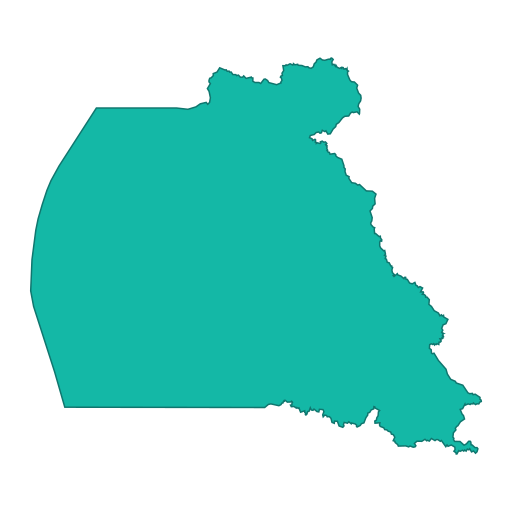 Rutsiro, Western, Rwanda (Robinson projection)
{"feature_id": "39286606B49553879902836", "entity_name": "Rutsiro", "entity_type": "district", "adm_level": 2, "iso_a3": "RWA", "parent_name": "Rwanda", "parent_adm1": "Western", "projection": "robinson", "projection_center": [29.444, -1.9], "detail": "fine", "context": "isolated", "style": "filled", "palette": "teal", "viewbox_px": 512, "rotation_deg": 0, "n_neighbors": 0, "source": "geoboundaries", "source_scale": "gbopen_adm2", "svg_char_len": 6017}
<svg xmlns="http://www.w3.org/2000/svg" viewBox="0 0 512 512"><path d="M475.0,447.6L472.2,445.0L471.1,444.8L470.8,442.0L470.1,441.2L468.6,441.3L466.5,443.8L464.1,445.2L460.0,441.5L454.6,441.4L453.5,439.6L453.9,438.3L452.9,437.2L453.4,432.8L455.9,429.9L455.3,428.3L456.7,426.4L457.8,425.8L460.4,421.8L464.5,419.0L463.5,415.6L462.0,413.9L460.2,409.4L462.6,408.7L465.0,404.0L465.4,405.1L468.1,403.9L470.2,404.5L470.9,403.8L473.0,403.9L473.4,403.0L475.6,404.6L476.8,403.8L478.8,403.9L479.8,402.1L481.3,401.5L481.1,400.1L479.9,399.1L480.0,397.4L475.2,394.2L473.1,394.7L472.4,393.4L469.7,393.7L467.9,392.8L462.8,385.2L456.3,383.0L455.3,381.3L450.7,379.3L447.4,374.1L446.0,369.2L438.4,360.5L434.0,353.2L432.3,353.7L431.5,353.1L431.2,349.7L429.4,348.3L429.7,344.6L431.2,343.8L432.8,344.5L433.6,343.7L434.6,345.0L435.1,344.1L436.3,344.5L436.9,343.7L438.8,344.5L439.0,342.2L440.5,342.0L441.2,341.0L440.0,338.8L441.6,339.0L443.1,337.9L442.2,337.3L443.4,336.4L442.5,335.5L443.1,335.0L442.5,333.5L443.5,333.4L441.7,332.3L442.8,330.2L441.7,328.4L443.1,324.8L445.9,323.7L447.9,319.4L443.8,317.0L443.5,315.3L442.2,316.0L441.4,314.8L439.9,315.8L438.4,313.0L434.2,310.7L431.5,306.5L428.9,304.4L429.3,299.7L427.0,297.1L425.6,297.1L425.5,295.6L424.3,294.6L422.4,294.3L423.5,292.8L423.2,291.9L420.6,291.9L422.6,288.0L420.0,286.6L418.3,287.5L417.2,285.8L416.0,285.4L414.9,282.4L412.3,283.8L409.6,283.1L407.3,279.4L406.1,279.4L405.6,277.3L404.5,277.4L403.9,278.7L401.0,276.1L397.8,274.9L397.3,273.7L394.0,276.5L393.1,275.5L394.3,274.6L392.4,272.6L391.9,270.0L392.6,267.4L391.7,266.9L391.7,266.0L390.8,265.9L389.2,262.8L387.2,262.2L386.4,259.2L385.2,258.6L386.0,256.1L384.5,255.3L385.5,254.2L384.7,250.5L383.8,250.9L380.7,248.0L379.7,246.0L379.7,242.1L380.4,240.8L381.6,241.2L381.8,239.8L380.5,238.1L380.3,236.2L379.0,236.5L375.6,233.5L374.6,233.5L374.2,229.0L374.7,227.7L373.3,227.2L371.0,224.6L370.7,222.9L371.8,220.9L372.2,217.6L370.0,211.0L372.4,208.5L372.7,206.2L375.1,203.9L374.6,198.3L376.0,194.1L372.4,191.2L366.3,190.9L359.5,184.5L357.8,185.1L355.4,183.3L351.7,182.7L348.8,178.3L349.1,176.7L346.2,175.2L345.0,171.5L345.2,168.9L343.9,167.4L344.0,165.8L341.8,159.2L337.5,157.4L335.7,155.7L335.8,154.7L334.7,153.5L330.0,154.2L329.4,152.4L328.3,152.3L327.0,150.5L327.6,150.2L326.7,148.2L327.1,147.0L325.9,145.0L326.5,145.1L325.9,144.3L326.8,143.4L325.4,141.9L323.8,142.2L322.2,141.1L320.4,141.8L320.8,142.9L320.1,143.5L317.2,142.8L316.3,143.4L316.3,142.4L315.3,142.2L315.6,139.9L315.0,139.3L312.6,140.4L312.0,138.7L309.5,137.7L310.3,135.5L314.2,134.5L316.2,132.5L318.7,132.0L320.0,133.2L321.4,132.8L322.3,130.3L324.9,131.6L325.9,130.8L327.8,134.1L330.3,133.8L333.1,129.1L335.7,126.6L336.3,124.3L338.8,122.6L342.5,117.9L344.8,116.3L348.7,116.0L350.5,113.1L352.2,112.0L353.3,112.6L357.0,111.8L359.3,114.1L359.5,113.5L359.7,109.2L358.1,106.5L358.7,103.8L360.6,100.9L361.1,98.1L360.7,95.3L358.6,93.1L356.7,88.1L357.6,85.2L354.4,82.0L351.4,81.7L349.8,79.9L347.5,74.4L347.6,71.7L348.4,71.1L347.2,70.3L347.0,68.6L346.5,69.5L345.7,68.6L344.0,69.1L343.2,67.6L341.9,67.3L341.7,68.4L340.8,67.7L339.6,68.4L337.2,67.3L335.9,65.2L335.5,66.3L333.9,64.3L332.3,64.8L331.8,61.8L333.2,59.5L332.2,58.4L331.2,58.0L330.4,58.6L330.5,59.4L328.4,59.2L324.9,60.3L322.4,60.0L320.0,58.2L316.9,59.9L316.0,62.2L314.3,63.7L313.3,66.8L311.2,68.3L308.9,67.8L307.9,66.7L305.3,66.9L301.9,65.5L298.2,65.3L297.7,64.3L294.9,64.8L293.5,63.7L293.4,64.7L292.7,65.0L290.1,63.8L286.9,65.4L286.1,64.8L285.2,65.7L282.9,65.7L283.7,70.6L282.0,73.2L282.4,75.5L280.9,76.1L280.4,77.2L281.3,77.9L282.0,80.3L280.8,82.2L281.0,82.9L276.7,84.7L268.8,82.6L267.6,80.5L265.3,79.0L264.0,79.2L260.7,83.5L259.0,82.5L254.9,82.5L252.8,81.2L252.9,78.0L251.2,77.7L251.2,77.1L246.1,78.4L243.7,75.9L242.6,77.2L240.4,77.2L238.4,75.1L236.6,75.6L235.8,74.6L232.9,74.6L231.1,72.0L229.7,72.2L229.1,71.1L227.2,71.3L226.2,69.8L225.0,70.0L219.7,67.8L217.0,72.1L213.2,73.6L213.3,75.6L211.2,77.8L209.7,78.3L209.0,80.4L209.0,81.9L210.4,83.6L207.4,88.6L209.1,91.4L210.4,97.8L209.6,102.4L207.7,104.3L206.2,102.4L200.3,103.8L195.9,106.9L187.9,109.3L176.4,108.0L96.4,108.0L59.1,165.9L51.0,180.6L46.9,190.4L42.2,204.7L38.1,218.9L35.8,230.2L32.0,259.5L30.7,290.9L33.6,306.4L54.6,371.8L64.8,407.2L264.7,407.5L268.4,404.4L270.9,403.9L278.9,405.7L281.0,404.6L281.9,403.1L282.9,403.0L283.4,401.6L284.2,401.4L284.1,400.5L285.0,400.2L287.3,402.1L290.4,402.0L291.6,401.2L292.5,402.2L293.0,401.9L292.0,402.7L291.9,404.8L290.5,405.1L291.3,406.7L294.0,406.5L296.3,408.1L296.8,407.5L298.1,408.3L298.9,407.9L300.6,412.2L304.7,410.8L304.8,412.6L305.9,413.3L305.4,414.6L305.9,415.0L306.9,414.1L307.6,411.6L309.0,411.3L310.3,407.8L311.3,410.0L313.0,410.3L314.0,409.1L317.0,411.6L318.8,411.9L319.4,409.3L323.0,409.6L323.9,411.6L322.7,414.9L323.2,416.8L324.7,415.1L326.6,415.5L327.2,416.8L329.4,416.6L331.0,418.4L332.0,422.4L334.3,423.3L334.5,421.1L337.4,421.3L339.1,426.0L342.8,427.3L344.0,425.9L343.4,424.8L344.2,422.4L347.5,423.2L348.8,421.8L351.2,423.8L351.5,423.0L355.1,423.9L356.6,425.1L356.5,426.4L357.1,427.0L360.2,425.5L361.5,423.6L363.9,422.9L365.9,417.7L367.7,415.1L367.8,413.1L369.7,412.4L371.2,409.9L373.7,408.9L373.9,406.6L374.8,406.9L374.9,407.9L379.6,410.5L378.4,411.9L378.1,415.7L376.8,417.8L376.3,420.3L374.8,421.0L375.0,423.2L379.9,422.8L379.5,425.0L380.2,426.4L383.8,427.8L384.7,429.6L386.7,429.8L388.2,431.2L390.7,432.0L391.4,434.1L393.3,434.6L394.8,437.2L393.2,440.7L395.0,441.3L395.1,442.5L397.7,444.6L398.3,446.1L405.8,445.9L408.7,446.9L410.0,446.0L413.2,447.2L415.0,446.9L415.9,445.8L414.4,443.4L417.0,441.2L421.8,441.3L425.0,439.3L426.7,440.8L427.5,440.3L429.3,441.1L431.4,438.5L435.0,440.6L436.3,439.6L437.9,439.6L440.3,441.3L441.4,440.5L445.8,446.7L447.0,444.9L448.0,446.3L451.3,445.0L454.8,447.1L455.1,449.6L453.9,451.2L456.0,452.8L456.2,454.0L456.9,454.0L458.8,450.6L460.1,451.3L462.6,450.2L463.8,451.1L464.7,450.0L466.1,451.1L467.3,449.1L468.8,449.8L469.7,448.7L471.5,451.9L473.6,451.0L475.5,453.2L477.0,451.8L477.9,448.8L477.0,447.6L475.0,447.6Z" fill="#14b8a6" stroke="#0f766e" stroke-width="1.5"/></svg>